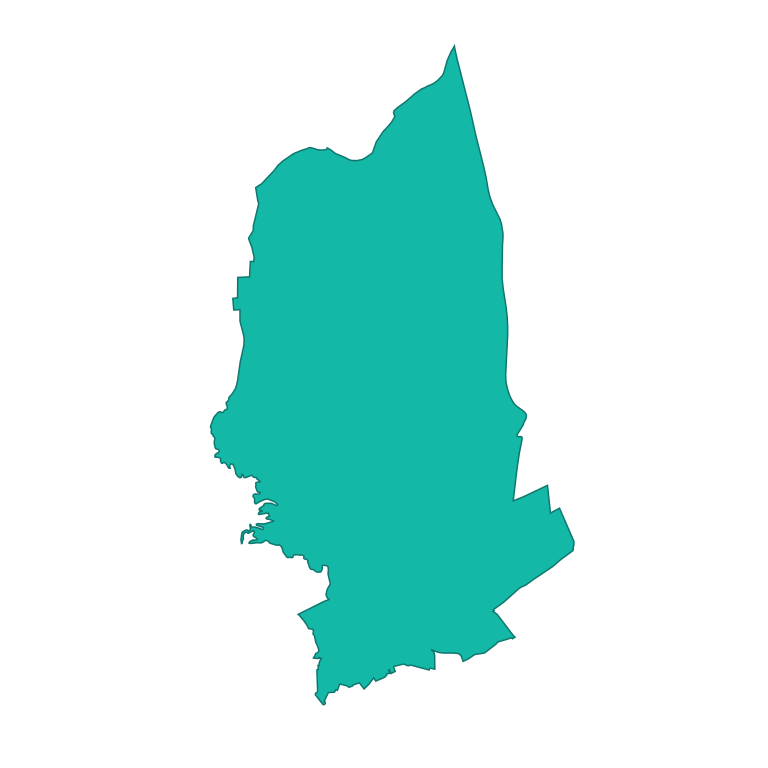 the district of Al Khalifa, Al Qahirah, Egypt, rotated 248°
{"feature_id": "37247803B15392203431980", "entity_name": "Al Khalifa", "entity_type": "district", "adm_level": 2, "iso_a3": "EGY", "parent_name": "Egypt", "parent_adm1": "Al Qahirah", "projection": "orthographic", "projection_center": [31.287, 30.01], "detail": "fine", "context": "isolated", "style": "filled", "palette": "teal", "viewbox_px": 768, "rotation_deg": 248, "n_neighbors": 0, "source": "geoboundaries", "source_scale": "gbopen_adm2", "svg_char_len": 6164}
<svg xmlns="http://www.w3.org/2000/svg" viewBox="0 0 768 768"><g transform="rotate(248 384 384)"><path d="M121.6,203.9L109.8,207.3L109.4,207.7L109.1,208.7L109.5,209.6L110.3,210.2L111.2,210.2L112.0,209.5L118.7,216.8L116.8,222.7L118.6,224.6L117.4,226.0L122.4,230.5L118.2,236.4L115.7,238.2L115.9,239.1L115.7,241.6L116.5,241.9L116.2,249.2L108.7,251.3L111.4,257.7L115.4,264.4L111.6,265.1L111.8,273.5L111.9,275.1L113.1,277.5L114.2,278.0L113.6,281.1L117.1,281.1L117.1,281.9L112.9,282.0L113.3,286.8L117.7,286.8L118.4,287.5L117.5,294.0L117.0,297.1L116.6,297.9L114.9,299.3L113.7,301.0L113.5,301.8L113.5,303.3L101.9,318.7L103.2,319.8L103.3,320.3L100.5,324.3L114.0,329.5L116.8,329.7L120.2,328.1L116.1,332.4L113.9,335.2L112.0,339.0L108.5,347.7L106.3,351.8L104.9,352.9L102.6,353.7L97.2,353.4L97.5,359.2L98.9,365.3L99.1,367.3L97.1,375.4L97.1,377.2L100.9,390.4L101.8,392.1L102.1,393.7L100.8,407.3L99.7,407.7L100.1,410.6L102.9,409.5L128.2,402.6L132.3,399.9L132.7,401.3L133.9,401.1L136.9,413.4L143.8,432.6L144.3,435.3L144.4,439.8L146.7,448.9L151.6,472.2L155.0,482.1L158.6,496.3L159.1,497.2L161.8,498.4L163.7,499.8L166.2,500.9L167.6,501.1L203.1,500.2L202.0,490.0L228.8,497.6L227.2,470.8L227.2,460.0L256.9,476.3L269.4,483.7L281.0,491.3L282.6,492.0L283.5,491.7L283.9,491.3L284.6,489.2L285.6,488.0L286.2,488.0L287.3,488.7L293.9,497.7L295.8,499.2L298.5,502.5L301.0,504.1L302.5,504.4L304.2,504.2L307.4,502.7L314.3,498.3L317.1,497.3L320.9,496.6L324.8,496.2L331.1,496.4L339.3,497.6L343.3,498.9L347.7,500.6L382.2,516.6L390.2,519.9L399.3,523.1L408.7,525.8L427.6,530.2L437.5,533.0L446.4,536.6L468.6,546.0L475.4,549.3L479.4,550.8L488.5,552.9L493.3,553.3L509.9,552.0L518.1,552.3L525.7,553.5L537.1,556.0L547.7,557.8L580.4,562.3L604.5,566.3L658.5,573.6L669.1,575.4L670.9,575.9L667.3,571.0L660.4,563.9L649.8,555.7L648.1,553.6L645.3,547.4L644.2,543.0L643.8,539.0L644.0,537.1L643.5,532.7L643.5,529.4L641.5,521.0L637.7,510.2L635.4,500.7L633.7,495.8L632.0,494.5L627.8,494.1L624.1,489.3L621.6,484.7L618.2,477.4L611.3,467.5L602.6,459.8L601.4,454.9L600.8,452.0L600.3,447.7L601.4,442.0L602.7,439.6L602.9,438.5L604.7,436.0L608.5,432.8L616.0,425.2L620.9,422.4L624.2,419.8L623.2,418.8L622.9,418.0L624.3,413.7L625.7,410.8L629.8,405.7L631.1,403.7L631.1,400.4L631.5,395.0L631.5,388.1L631.3,385.6L628.6,373.5L626.4,367.6L623.2,362.3L615.5,345.6L614.2,338.6L601.0,335.6L600.0,335.5L598.9,335.7L597.7,335.1L579.6,322.1L576.5,320.8L574.9,319.8L570.3,313.5L569.2,312.9L560.3,312.7L550.1,311.1L546.4,309.0L547.7,306.0L533.7,299.5L537.6,288.3L518.8,280.5L520.0,275.9L508.9,272.4L506.9,278.3L496.1,274.0L482.4,272.2L478.4,271.3L472.7,268.8L458.2,258.9L442.5,249.8L437.4,246.3L434.9,243.9L431.9,239.7L429.7,235.3L427.7,234.2L426.4,232.5L426.2,231.4L425.5,230.5L423.3,230.1L421.9,230.2L420.3,229.8L419.2,228.0L419.6,227.0L419.1,225.9L418.0,224.5L418.0,223.8L418.4,222.8L419.4,222.1L419.9,221.3L419.8,219.7L418.0,215.8L416.7,213.6L409.7,207.3L408.9,207.0L407.4,207.3L403.2,205.4L402.2,205.6L401.5,206.6L400.0,206.0L397.8,206.9L396.7,206.8L394.3,205.1L392.1,204.2L387.9,203.6L386.6,204.0L386.2,205.0L385.2,205.9L384.3,206.3L383.8,206.2L382.9,205.4L382.4,204.5L382.3,202.8L381.6,200.9L380.0,199.9L379.6,199.9L377.3,204.1L376.3,204.4L373.6,203.6L371.7,203.6L371.0,204.2L371.3,206.0L370.6,207.0L368.4,208.0L364.9,208.3L364.0,208.8L363.5,209.8L365.0,209.9L367.1,211.3L367.3,211.8L366.4,213.6L364.6,214.0L360.8,214.0L356.2,213.0L353.0,213.9L351.3,215.0L350.9,215.9L351.0,216.7L353.5,218.4L353.5,218.7L352.9,219.1L350.2,219.0L349.5,219.5L349.1,220.3L348.9,222.8L349.1,226.8L348.6,227.3L346.4,228.2L344.7,230.9L343.3,230.6L341.2,232.2L339.9,232.6L339.5,232.1L340.4,230.5L340.5,228.9L340.3,228.0L337.9,227.3L336.6,226.4L332.2,226.2L331.0,226.5L330.6,227.9L329.5,228.5L329.2,228.3L329.0,227.3L329.0,225.8L330.4,223.3L330.4,222.1L330.0,221.1L328.7,220.4L326.8,220.9L325.7,220.9L322.7,219.6L321.6,219.7L321.1,220.0L320.8,221.0L321.5,224.7L321.6,230.9L320.7,233.3L315.5,238.7L312.2,240.2L311.7,240.0L311.7,238.6L314.8,235.7L316.0,233.9L317.8,229.2L317.5,227.7L316.4,227.0L315.2,221.7L314.3,221.1L313.5,221.2L312.8,222.9L312.3,223.3L311.7,223.4L311.4,223.0L312.0,222.0L311.9,220.4L311.1,219.2L310.3,218.8L309.7,219.5L308.3,226.3L307.5,228.5L306.5,228.0L304.8,228.5L304.3,228.4L304.3,225.2L303.7,224.3L303.0,224.5L300.9,227.7L298.3,230.4L298.1,230.2L298.9,222.0L299.5,219.6L301.9,214.4L301.8,213.1L301.0,212.9L300.3,213.5L296.6,218.0L295.6,218.3L294.6,217.8L294.7,216.5L295.9,215.6L299.7,210.8L300.8,208.1L301.2,207.6L303.8,207.7L303.9,207.1L302.8,206.5L300.6,206.2L299.3,205.6L298.4,203.8L298.2,203.3L299.9,202.5L300.3,201.0L300.1,198.3L299.9,197.5L299.1,196.4L293.2,193.0L289.4,192.1L289.3,192.5L290.1,193.2L291.2,193.6L292.7,195.5L296.1,196.7L297.3,197.7L298.1,199.0L298.3,200.2L297.8,201.2L296.4,202.2L296.8,206.7L296.7,207.6L296.3,208.5L294.8,208.2L293.2,206.1L292.5,205.9L291.4,206.1L288.6,208.3L287.8,208.7L287.5,208.5L287.2,207.4L288.6,203.5L288.0,200.2L287.1,199.2L286.7,199.4L285.7,201.8L285.6,203.0L285.0,204.1L284.9,205.4L282.7,210.7L282.6,211.9L283.4,215.8L281.9,217.6L280.3,218.3L279.8,218.1L278.2,219.7L274.6,224.3L274.3,225.3L274.3,226.6L271.1,228.1L265.5,227.6L259.5,229.2L258.9,230.4L258.8,231.2L257.5,233.5L257.5,234.4L258.8,235.8L259.1,236.4L259.2,237.0L258.2,239.6L256.6,242.4L256.2,244.1L255.7,244.6L254.3,245.3L252.5,244.3L251.8,244.6L251.3,245.0L250.8,246.3L248.7,247.4L247.6,246.6L246.5,246.4L245.3,246.6L242.0,246.2L240.3,246.6L239.6,246.9L238.4,248.9L235.2,250.9L234.7,251.5L233.9,253.3L233.5,254.9L233.8,255.7L236.0,257.8L238.5,258.7L238.8,259.1L238.7,260.1L236.9,262.9L235.4,263.6L233.0,263.0L228.7,260.9L218.7,259.3L215.4,255.0L213.8,253.6L210.3,251.3L207.5,251.2L204.8,252.2L204.9,247.3L202.6,218.1L201.0,218.9L194.9,220.9L189.8,222.1L185.4,222.5L183.4,225.9L182.0,226.3L179.4,224.8L178.3,224.6L176.4,225.2L170.2,224.0L165.8,224.2L162.3,224.0L161.3,223.7L159.9,222.4L159.6,219.5L157.8,218.0L156.5,215.9L155.9,216.5L154.1,220.1L154.8,221.5L153.9,222.2L153.7,221.7L153.3,222.0L153.6,222.6L152.8,223.2L152.3,222.2L151.2,220.7L149.9,219.6L147.4,218.4L147.8,217.4L144.0,216.2L144.1,214.7L123.8,207.3L123.3,206.6L123.0,205.0L122.6,204.4L121.6,203.9Z" fill="#14b8a6" stroke="#0f766e" stroke-width="1.5"/></g></svg>